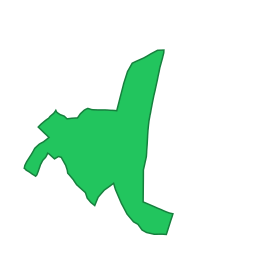 Jayawijaya, Papua, Indonesia, rotated 296°
{"feature_id": "22746128B40741333574981", "entity_name": "Jayawijaya", "entity_type": "district", "adm_level": 2, "iso_a3": "IDN", "parent_name": "Indonesia", "parent_adm1": "Papua", "projection": "albers", "projection_center": [138.85, -4.123], "detail": "fine", "context": "isolated", "style": "filled", "palette": "green", "viewbox_px": 256, "rotation_deg": 296, "n_neighbors": 0, "source": "geoboundaries", "source_scale": "gbopen_adm2", "svg_char_len": 2576}
<svg xmlns="http://www.w3.org/2000/svg" viewBox="0 0 256 256"><g transform="rotate(296 128 128)"><path d="M128.0,83.3L126.2,81.8L124.9,80.9L123.4,80.3L120.3,79.1L120.2,79.0L114.9,78.2L113.7,76.0L112.0,73.0L109.5,69.2L110.7,65.5L110.6,64.4L110.6,64.2L110.4,62.1L110.3,61.0L110.3,60.9L110.4,60.3L110.7,58.3L110.8,57.9L111.1,56.7L112.2,55.4L111.2,55.3L108.6,54.8L106.8,54.0L104.3,52.9L101.8,52.4L100.8,51.7L98.6,50.5L95.9,49.3L95.4,49.1L93.7,48.3L91.1,47.4L89.5,46.9L86.7,55.4L85.9,58.1L85.6,58.9L84.9,61.1L82.0,59.8L81.8,59.7L80.0,58.8L79.4,58.5L78.8,58.3L75.5,55.9L75.1,55.7L74.5,55.3L73.0,54.7L71.5,54.1L69.4,53.3L69.2,53.2L68.7,53.1L65.7,53.0L61.7,52.7L59.3,52.4L54.1,51.8L53.2,51.7L49.2,51.7L46.3,52.4L46.3,52.6L45.9,54.3L45.5,54.8L45.4,56.6L45.2,58.9L44.7,61.6L44.6,62.2L44.4,64.6L44.2,66.1L45.9,66.6L49.6,66.3L53.7,65.8L53.9,65.8L56.7,65.4L56.8,65.4L58.3,65.5L60.4,65.5L61.7,65.6L62.7,65.9L65.2,66.7L65.9,66.8L67.6,66.9L67.8,66.9L69.4,66.9L70.1,66.8L70.1,68.1L70.1,68.3L69.6,70.0L68.0,75.5L69.9,76.7L71.0,77.4L71.9,78.0L72.0,78.3L72.3,80.6L72.4,80.9L72.2,81.2L71.8,81.7L70.6,83.4L69.8,84.6L68.0,87.1L67.1,88.5L66.7,88.8L63.8,91.6L63.3,92.0L63.2,92.1L61.0,93.6L60.0,96.1L57.4,101.9L57.0,102.4L55.9,104.3L54.5,106.7L51.3,117.9L50.6,118.7L47.1,122.1L44.8,127.3L43.7,132.1L47.8,131.8L52.7,131.5L57.0,132.6L61.8,133.9L65.3,135.8L72.0,139.3L67.2,143.7L57.3,155.2L55.8,157.3L50.2,164.9L46.1,174.1L45.8,179.2L44.7,181.2L42.5,185.3L42.2,190.4L44.0,198.2L44.5,199.2L46.4,202.9L47.5,205.1L49.1,209.1L51.4,208.8L54.7,208.3L64.1,206.9L67.4,206.5L70.6,206.0L69.8,202.8L69.4,199.4L69.2,195.6L69.2,194.1L68.9,189.7L68.8,186.3L68.5,179.7L68.2,174.0L68.4,173.9L74.3,171.1L89.2,164.0L97.1,160.2L101.8,159.1L105.8,158.1L106.4,158.0L110.4,157.0L114.1,155.5L115.4,154.9L122.4,152.1L127.1,150.1L128.1,149.7L129.9,148.9L134.8,146.9L136.2,146.4L138.9,145.4L139.7,145.1L143.7,143.7L144.4,143.5L147.3,142.7L149.3,142.1L150.7,141.8L151.8,141.5L154.9,140.6L157.9,139.8L160.4,139.1L167.4,137.3L168.8,136.9L169.0,136.9L173.9,135.8L175.0,135.5L184.1,133.3L188.2,132.2L189.6,131.9L190.2,131.7L190.6,131.6L191.6,131.4L196.0,130.2L205.1,128.5L205.7,128.4L206.6,128.2L206.9,128.1L211.2,127.2L213.8,126.1L210.8,120.5L206.0,117.0L204.8,116.1L201.1,113.7L197.8,111.4L194.6,108.7L191.4,106.0L188.1,103.4L180.9,103.0L178.7,102.8L178.1,102.9L165.8,104.7L164.1,105.1L156.7,106.6L152.2,107.5L147.0,108.6L138.6,110.3L137.8,108.1L137.0,106.2L136.3,104.7L135.0,101.4L134.1,99.3L133.3,97.7L131.3,93.6L131.1,93.2L129.3,89.1L128.6,87.3L128.5,86.6L128.0,83.3Z" fill="#22c55e" stroke="#15803d" stroke-width="1.5"/></g></svg>